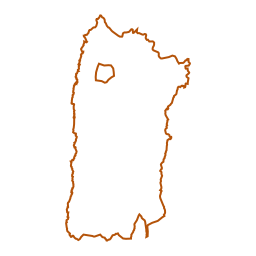 the district of Luilu, Kasaï-Oriental, Democratic Republic of the Congo
{"feature_id": "63176286B70348427219396", "entity_name": "Luilu", "entity_type": "district", "adm_level": 2, "iso_a3": "COD", "parent_name": "Democratic Republic of the Congo", "parent_adm1": "Kasaï-Oriental", "projection": "equal_earth", "projection_center": [23.592, -7.312], "detail": "fine", "context": "isolated", "style": "outline", "palette": "amber", "viewbox_px": 256, "rotation_deg": 0, "n_neighbors": 0, "source": "geoboundaries", "source_scale": "gbopen_adm2", "svg_char_len": 5668}
<svg xmlns="http://www.w3.org/2000/svg" viewBox="0 0 256 256"><path d="M78.7,66.8L79.0,68.3L78.8,69.1L77.9,69.8L77.9,70.3L78.6,71.1L77.7,71.4L77.0,73.4L76.2,73.7L76.0,74.1L76.2,75.4L75.6,76.7L75.7,77.1L76.2,77.3L76.2,77.8L76.6,78.2L76.3,78.8L77.3,79.7L77.2,80.4L77.5,82.1L77.3,82.5L76.7,82.2L76.5,83.6L75.7,82.9L74.9,83.9L75.3,84.5L74.0,85.4L74.2,85.9L73.7,87.2L73.8,87.9L73.4,88.6L73.6,89.4L73.2,91.1L73.2,92.3L73.8,92.6L73.7,93.6L73.3,94.6L72.9,94.6L72.6,95.1L72.7,97.1L72.2,97.8L71.8,100.9L71.8,102.2L71.6,102.6L71.8,102.9L71.6,103.5L72.2,103.9L73.8,104.0L74.1,104.4L73.7,106.4L73.7,108.4L73.9,109.7L74.5,110.5L74.0,111.4L74.2,112.3L74.0,113.8L74.5,114.1L73.6,117.7L73.8,118.0L74.6,117.0L74.7,117.5L74.2,118.7L74.1,124.2L73.7,127.9L73.2,129.5L73.5,130.6L73.1,132.2L74.6,133.4L75.7,133.4L76.0,133.8L75.7,135.7L76.8,136.8L76.6,137.8L75.9,139.4L76.0,140.3L75.4,141.9L74.3,142.8L74.7,143.5L73.8,145.2L74.5,147.6L74.8,147.7L74.9,147.1L75.4,147.1L75.6,147.5L75.4,148.3L75.6,149.1L76.6,151.4L76.1,153.4L75.4,154.1L75.3,154.9L75.5,155.4L75.2,155.9L74.7,156.0L74.1,157.5L74.3,158.2L73.8,158.8L73.5,159.8L73.2,160.2L72.3,159.9L71.6,160.8L71.6,161.6L70.8,161.6L71.3,162.8L70.9,165.8L71.0,166.2L71.6,166.7L71.6,167.7L72.3,168.6L72.2,169.6L73.3,171.6L72.7,172.9L72.9,173.6L72.2,174.6L72.1,175.2L72.2,176.4L72.9,176.7L72.4,178.4L72.6,179.7L72.2,180.4L72.3,180.8L73.1,181.7L73.1,183.2L73.5,184.2L73.3,184.8L73.5,186.2L73.0,187.9L72.2,188.3L72.3,189.6L71.7,190.0L71.5,190.5L71.9,191.6L71.4,191.7L71.2,192.1L71.4,192.5L72.3,192.9L72.1,193.9L71.5,194.5L71.2,195.9L70.7,196.4L70.3,198.5L69.0,201.8L68.1,202.6L67.8,203.6L68.1,207.1L67.5,207.3L67.6,207.8L66.8,209.4L67.2,212.3L68.3,212.4L67.9,214.4L68.0,215.7L67.5,216.6L67.5,217.0L68.4,217.4L68.0,219.1L66.6,220.1L66.4,221.3L66.9,222.2L66.1,223.0L66.7,227.4L67.1,228.6L66.9,229.1L67.4,231.2L69.9,233.5L69.5,234.3L69.7,235.1L70.4,235.5L70.5,236.3L71.0,236.9L71.6,236.8L72.8,235.7L73.3,235.8L74.4,237.5L75.7,238.7L76.7,238.8L78.3,240.0L79.8,239.1L81.2,236.9L83.5,234.6L92.4,236.0L93.6,236.5L94.8,236.5L100.2,234.6L102.4,237.1L104.8,237.7L105.1,238.6L105.9,239.1L106.5,240.5L107.1,240.6L108.4,239.7L109.7,239.5L110.6,238.6L112.6,235.3L114.8,234.8L115.8,233.8L116.6,233.9L117.9,233.4L118.9,235.2L123.1,238.5L125.9,238.8L131.0,238.6L131.0,237.3L131.4,236.1L131.3,234.8L133.2,231.9L133.3,231.1L134.1,230.0L134.1,229.2L134.6,228.5L134.5,227.8L134.7,226.5L134.4,224.5L134.5,223.9L136.9,220.2L138.7,215.5L139.4,214.4L141.4,216.5L141.7,217.8L142.5,218.7L144.6,220.3L145.1,221.5L146.3,229.5L146.3,231.1L146.8,233.3L146.5,234.8L146.7,235.4L146.4,236.9L147.6,236.3L147.8,231.5L147.3,226.4L148.0,225.0L152.2,222.8L157.8,220.9L162.4,217.2L164.4,216.0L163.9,214.8L164.8,213.6L165.1,212.5L165.0,210.4L164.7,209.3L164.0,208.0L164.1,206.9L163.5,206.0L160.3,198.2L160.0,196.5L160.1,195.4L160.6,194.1L161.0,192.0L161.6,191.0L161.4,190.7L160.2,190.2L161.2,188.8L161.4,188.1L161.4,187.0L160.4,182.8L161.0,181.1L160.7,179.5L162.1,175.8L161.4,173.9L161.5,172.5L161.3,171.8L160.2,170.9L160.9,169.6L161.6,168.7L161.8,168.7L161.9,167.9L160.9,164.7L161.2,163.8L162.3,162.5L163.4,161.8L163.6,159.3L164.4,158.5L164.7,157.8L164.5,157.4L165.5,155.0L165.2,153.4L165.8,152.7L165.9,151.3L166.5,150.5L166.8,145.8L167.1,144.8L166.9,143.1L167.4,140.9L167.4,140.3L168.9,139.1L170.5,139.1L171.3,137.8L171.2,136.9L170.1,137.0L169.6,136.3L169.4,135.2L168.5,134.3L167.2,134.2L166.2,133.7L165.8,133.0L165.2,130.5L165.3,129.6L165.7,128.8L166.8,127.9L166.4,126.3L167.2,125.3L166.7,124.2L167.4,121.6L167.3,120.8L167.5,120.1L168.2,119.6L165.7,115.3L165.3,113.6L165.5,112.0L165.2,110.8L166.7,108.8L167.4,109.4L167.8,109.3L168.3,108.4L167.9,106.9L168.0,106.5L170.4,104.8L170.9,103.9L171.9,102.9L173.4,97.5L173.9,97.1L174.0,96.0L175.7,94.7L176.4,93.9L177.0,90.4L177.6,89.4L177.7,88.0L178.4,86.8L179.4,86.7L180.2,87.1L181.6,85.8L182.2,85.7L182.5,86.1L183.7,85.9L184.3,86.3L184.2,87.5L185.1,87.2L185.3,86.7L185.6,83.8L185.9,83.5L187.7,83.9L187.8,82.1L188.5,78.2L187.2,77.3L186.6,76.7L186.4,75.9L186.5,75.3L188.8,73.4L189.2,72.7L189.1,72.4L187.8,70.7L187.6,68.5L185.9,68.7L185.6,68.4L185.3,66.3L185.8,65.9L188.7,65.6L189.8,63.9L189.9,63.3L188.5,61.8L188.5,59.0L187.9,58.9L187.3,59.6L187.0,59.4L186.3,60.3L185.5,60.4L184.2,62.1L183.2,62.9L179.8,63.0L179.0,63.6L177.5,61.3L176.4,58.6L174.9,56.3L172.4,55.6L168.8,57.1L161.9,58.5L160.8,58.4L159.3,57.0L158.7,55.8L158.8,53.7L158.6,52.9L158.1,52.3L153.4,50.3L152.7,49.5L152.6,48.7L152.9,47.3L153.8,45.7L154.1,44.6L154.1,42.5L152.8,41.4L149.3,41.5L147.9,39.7L146.9,39.9L145.9,38.6L145.7,37.7L146.2,35.1L145.7,34.2L144.6,34.0L143.5,34.6L142.4,34.6L139.1,33.1L137.7,33.2L136.7,32.1L137.1,29.4L133.6,32.9L133.0,32.8L132.7,29.7L131.9,29.2L131.3,29.3L129.3,31.6L128.6,32.0L126.0,32.5L124.7,32.4L123.4,32.9L122.9,33.7L122.3,36.4L122.0,36.7L119.8,36.6L118.2,35.7L112.6,31.6L111.7,30.8L109.2,27.7L108.3,27.5L106.8,25.7L105.8,23.2L104.9,22.2L104.6,19.7L104.2,18.9L103.4,17.9L102.1,17.3L101.1,15.6L100.6,15.4L100.1,15.5L99.2,17.7L98.6,18.0L97.9,19.0L96.7,19.0L96.3,20.0L97.2,22.7L96.3,25.9L95.2,27.3L93.4,27.5L90.7,29.9L89.6,30.0L89.1,30.6L88.4,33.0L87.6,33.7L87.2,34.6L86.0,35.0L85.2,34.9L84.6,35.7L83.8,35.7L83.9,36.4L85.2,38.0L86.3,40.5L86.3,41.2L87.0,41.8L86.5,42.3L85.4,42.1L84.2,41.5L84.2,42.8L83.4,44.8L83.6,45.3L81.2,48.7L81.1,49.3L82.3,52.0L83.3,51.7L83.3,52.1L82.6,53.4L81.5,53.9L80.9,55.0L81.3,56.0L80.0,59.8L79.7,60.1L80.1,60.7L79.9,61.1L79.4,61.0L79.6,62.3L78.4,64.6L78.6,64.9L79.3,64.3L79.8,64.5L78.7,66.8ZM99.0,63.7L104.2,65.5L108.4,65.2L111.0,65.4L113.2,68.4L113.7,72.0L114.0,75.9L111.5,77.3L108.5,79.7L106.6,82.2L104.8,82.7L101.7,81.1L95.9,80.3L95.7,77.0L96.1,72.3L97.7,66.8L99.0,63.7Z" fill="none" stroke="#b45309" stroke-width="2"/></svg>